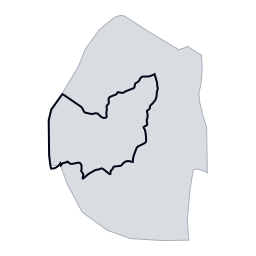 location of Manzini within eSwatini
{"feature_id": "SWZ-536", "entity_name": "Manzini", "entity_type": "District", "adm_level": 1, "iso_a3": "SWZ", "parent_name": "eSwatini", "parent_adm1": "", "projection": "natural_earth1", "projection_center": [31.309, -26.515], "detail": "medium", "context": "in_parent", "style": "outline", "palette": "ink", "viewbox_px": 256, "rotation_deg": 0, "n_neighbors": 0, "source": "natural_earth", "source_scale": "10m", "svg_char_len": 2325}
<svg xmlns="http://www.w3.org/2000/svg" viewBox="0 0 256 256"><path d="M187.9,46.2L190.3,48.3L201.3,54.9L202.2,68.1L201.1,83.2L198.9,92.7L199.7,102.2L203.2,117.0L206.6,127.1L207.3,173.0L203.6,170.9L196.8,168.9L193.2,169.8L189.9,190.4L187.3,221.0L188.8,240.1L163.1,240.6L130.6,238.6L107.3,230.3L82.2,212.2L67.3,184.0L60.7,166.2L51.6,165.2L50.1,162.2L49.3,140.5L49.4,117.8L51.1,111.7L68.0,83.8L78.5,66.4L85.1,49.5L99.3,29.8L114.6,17.2L120.3,15.4L124.2,15.9L151.1,33.2L178.7,49.7L184.7,47.8L187.9,46.2Z" fill="#d9dde1" stroke="#a8b0b8" stroke-width="1"/><path d="M51.1,168.6L50.3,165.2L49.1,155.4L48.7,120.2L51.3,109.4L62.3,94.2L63.8,94.9L81.4,107.0L82.1,108.0L84.0,111.6L84.5,112.2L85.2,112.6L91.3,114.0L92.5,114.1L94.3,113.4L95.3,113.3L97.5,113.5L97.9,113.7L99.5,115.4L102.0,117.4L103.5,117.9L104.8,117.9L105.8,117.6L106.4,117.1L106.7,116.5L106.3,113.0L106.9,109.1L106.6,107.0L106.6,106.2L107.0,105.5L108.3,104.0L108.7,103.3L108.9,102.4L108.5,99.4L108.6,98.7L109.3,97.4L111.3,96.3L116.0,94.5L116.7,93.9L117.0,93.3L117.6,92.4L118.1,92.2L122.3,92.9L123.4,92.7L126.1,91.1L133.1,88.4L133.9,87.9L134.5,87.1L135.0,84.1L135.3,83.4L137.7,82.0L138.8,81.1L139.5,80.1L140.1,78.5L141.7,76.9L143.4,76.5L148.2,76.5L150.6,76.0L154.6,74.1L157.0,82.5L157.3,85.3L157.2,86.2L157.9,88.1L156.9,91.9L156.6,95.5L156.2,97.7L155.4,99.9L153.1,102.9L150.8,105.1L150.0,106.2L149.8,108.4L149.4,109.1L147.2,110.6L146.9,111.0L147.6,114.7L147.5,118.0L146.8,119.4L146.7,120.5L147.2,123.7L147.1,124.9L146.4,125.5L144.2,126.6L143.6,127.1L143.8,127.9L144.8,129.8L145.3,131.3L145.9,135.7L146.2,140.9L145.7,142.1L144.9,143.0L137.9,146.5L136.9,147.5L136.5,148.2L133.7,155.6L133.0,159.0L132.8,161.9L128.1,161.0L125.6,161.5L123.7,162.8L121.2,165.5L120.1,165.9L114.5,166.5L113.7,166.9L113.2,167.3L113.1,167.9L112.5,169.2L111.3,170.1L110.6,171.4L110.4,174.0L110.0,174.1L109.2,173.9L103.8,169.5L102.5,168.7L101.2,168.4L98.9,169.4L97.9,169.7L96.6,169.7L95.0,170.2L88.6,173.9L83.3,178.4L82.8,178.5L82.6,178.1L82.7,177.4L83.4,174.8L83.3,174.2L81.3,171.1L81.2,170.6L81.6,168.9L81.5,165.6L81.3,164.8L80.9,164.1L79.9,163.0L78.8,162.7L77.7,162.7L73.5,163.7L70.8,163.9L69.4,163.2L68.1,162.0L67.6,161.6L67.3,161.6L67.2,161.9L66.6,162.2L62.6,163.3L61.0,165.3L60.4,163.3L59.0,165.2L57.2,166.8L55.1,168.0L53.2,168.5L51.1,168.6Z" fill="none" stroke="#020617" stroke-width="2"/></svg>